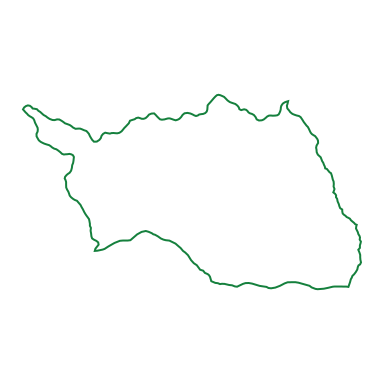 Iturama, Minas Gerais, Brazil (Mercator projection)
{"feature_id": "56859067B65690084199243", "entity_name": "Iturama", "entity_type": "district", "adm_level": 2, "iso_a3": "BRA", "parent_name": "Brazil", "parent_adm1": "Minas Gerais", "projection": "mercator", "projection_center": [-50.386, -19.714], "detail": "fine", "context": "isolated", "style": "outline", "palette": "green", "viewbox_px": 384, "rotation_deg": 0, "n_neighbors": 0, "source": "geoboundaries", "source_scale": "gbopen_adm2", "svg_char_len": 4913}
<svg xmlns="http://www.w3.org/2000/svg" viewBox="0 0 384 384"><path d="M288.1,101.2L286.1,101.8L284.6,102.4L282.8,103.6L281.4,105.6L280.9,107.3L280.7,109.5L280.2,111.3L279.5,112.9L278.7,114.4L277.2,115.3L275.1,115.6L272.6,115.7L270.8,115.5L269.0,115.6L267.2,116.5L265.8,117.8L263.7,119.5L261.8,120.3L259.0,120.5L256.7,119.4L255.6,117.1L253.9,115.0L251.9,113.9L249.9,113.3L248.5,112.4L247.4,110.9L246.1,109.8L244.1,109.3L241.2,110.1L239.4,109.2L238.8,107.4L237.5,105.7L235.4,104.0L233.3,103.3L231.5,102.7L229.7,102.0L227.5,100.4L225.6,98.4L224.1,96.9L222.4,96.1L220.3,95.2L218.5,94.8L216.9,95.2L215.4,96.5L213.8,98.2L212.1,100.2L210.3,102.3L208.8,103.9L207.6,105.4L207.5,107.1L207.3,109.7L206.7,111.6L205.2,113.1L203.2,113.9L200.9,114.2L199.2,114.5L197.8,115.5L196.0,116.0L194.3,115.4L192.7,114.5L190.4,113.5L187.5,112.9L184.5,113.3L182.6,114.9L181.1,117.1L179.4,118.8L177.7,119.7L175.7,120.3L173.6,119.7L171.7,119.0L169.8,118.4L168.1,118.4L166.5,118.8L164.5,119.4L161.9,119.7L160.0,119.3L158.6,118.0L157.0,116.4L155.6,114.8L154.1,113.4L151.4,113.6L149.0,114.6L147.4,116.5L145.6,118.1L143.7,118.8L141.8,118.8L139.9,118.1L138.2,117.6L136.2,118.1L134.7,119.2L132.4,119.9L130.0,120.7L128.8,123.3L127.1,125.1L125.9,126.4L124.3,128.0L123.1,129.5L121.6,131.3L119.4,132.8L117.3,133.3L115.5,133.2L113.5,133.0L111.5,133.1L109.9,133.6L107.6,133.2L105.2,132.7L103.2,133.8L101.6,135.7L100.8,138.1L99.4,139.9L96.8,141.6L94.0,141.7L92.2,139.9L90.7,137.5L89.7,135.7L89.0,134.0L87.8,132.5L86.4,131.0L84.0,130.2L82.0,129.3L80.1,128.6L78.3,128.6L75.5,128.8L73.0,127.5L71.5,126.2L69.7,125.0L67.3,124.1L65.0,123.3L63.5,122.1L61.6,120.8L59.3,119.5L57.0,119.4L54.7,120.1L52.5,120.0L49.6,118.9L47.4,117.5L45.8,116.2L43.6,115.0L41.7,113.3L40.3,112.0L38.4,110.8L36.9,109.2L34.3,108.7L32.6,108.5L31.7,107.2L29.9,105.8L27.9,105.4L25.9,106.1L24.1,107.5L23.0,109.4L24.3,110.9L25.6,112.4L27.0,113.7L28.1,115.0L29.7,116.2L31.5,117.2L33.2,118.4L34.2,120.1L35.0,122.6L36.4,125.4L37.6,127.8L37.8,129.7L37.6,131.6L36.5,133.9L36.6,136.4L37.7,138.4L38.8,140.3L40.6,141.8L42.1,142.6L43.7,143.4L45.3,144.0L47.2,144.6L49.0,145.1L50.6,146.1L52.1,147.4L54.1,148.6L56.4,149.3L58.3,150.6L60.2,152.1L62.1,153.9L63.9,154.5L65.6,154.3L67.4,154.2L69.5,153.9L71.5,154.4L73.0,155.3L73.9,157.0L73.7,158.7L73.5,160.7L73.1,163.0L72.2,165.2L71.9,167.8L71.1,170.7L69.6,172.8L68.2,173.7L66.7,174.9L65.1,176.8L64.7,178.5L65.5,180.0L66.1,182.0L66.1,184.3L66.2,187.5L67.1,189.6L68.3,191.6L69.1,193.7L69.7,195.6L71.1,197.3L73.1,198.9L74.7,199.9L77.0,200.8L78.5,202.6L80.5,204.9L81.6,207.1L82.9,209.3L84.2,212.0L85.5,214.2L86.6,215.8L88.0,217.7L89.0,219.1L89.4,220.9L89.9,223.7L89.9,225.8L90.9,227.9L90.6,230.8L91.1,233.5L91.4,236.3L92.1,238.4L93.8,239.6L96.4,240.9L98.2,242.4L98.6,244.7L96.9,246.8L95.4,248.7L94.8,250.9L97.4,250.7L102.6,249.6L104.6,248.9L108.3,246.5L112.1,244.3L114.6,242.9L119.9,240.8L123.4,240.5L128.0,240.5L130.4,240.2L134.1,237.0L135.5,235.8L137.1,234.4L141.6,231.9L145.8,231.0L148.6,231.8L151.8,233.2L153.3,234.3L154.9,234.7L157.8,236.3L160.9,238.5L163.4,239.6L165.7,240.2L169.4,240.6L175.5,243.6L178.8,246.5L180.6,248.0L183.0,250.9L185.2,252.5L188.0,255.2L191.1,260.2L193.8,263.2L196.8,265.2L200.1,269.7L203.2,270.7L204.9,272.9L207.7,274.1L209.0,275.2L210.0,276.8L211.3,281.2L215.3,282.9L217.9,283.2L220.0,284.1L221.9,283.8L224.5,283.9L229.2,285.0L232.1,285.3L234.8,286.4L237.1,286.7L242.9,283.9L245.5,283.1L248.7,283.0L252.1,283.6L259.7,285.9L266.5,286.9L268.5,288.0L271.1,288.3L275.3,287.6L280.0,285.8L284.6,283.4L287.6,282.3L292.2,282.2L295.4,282.2L298.5,282.7L309.5,285.8L311.6,287.4L315.5,288.9L317.7,289.2L323.9,288.7L328.2,287.8L332.8,286.7L335.0,286.5L346.3,286.6L348.4,286.9L350.1,282.0L350.8,279.3L351.8,277.6L352.4,275.9L354.0,274.4L355.7,272.2L357.3,269.5L357.8,267.1L358.5,265.4L360.1,264.4L361.0,262.4L360.4,259.8L360.2,257.3L360.2,254.9L359.4,252.4L358.3,249.8L359.9,247.9L359.9,245.3L360.5,243.4L360.9,241.6L359.7,239.6L360.0,237.5L359.5,235.9L358.4,234.2L357.8,232.1L356.8,230.1L356.0,228.5L356.2,226.7L356.7,224.8L355.2,224.2L354.0,222.8L352.5,221.6L350.9,220.2L349.9,218.7L348.5,217.9L346.6,217.0L345.5,215.8L344.0,214.8L342.7,213.5L342.3,211.6L342.2,209.5L340.2,208.2L339.4,206.3L338.8,204.1L337.6,201.4L337.1,198.8L336.0,197.2L336.1,195.3L335.1,193.8L333.3,192.4L334.0,190.6L334.5,189.0L333.6,186.6L333.8,183.9L333.6,181.5L332.8,179.6L332.4,177.9L331.8,175.5L331.0,173.2L329.6,172.3L328.2,170.6L326.8,168.9L325.2,168.4L324.8,166.5L324.0,164.9L323.2,162.7L322.2,161.2L321.5,159.4L320.7,157.3L319.4,156.1L317.8,154.6L316.7,152.2L316.5,149.7L316.1,147.7L316.6,145.5L318.1,143.0L318.0,140.7L317.3,139.0L316.2,137.5L315.1,136.1L313.4,135.1L311.9,134.1L310.7,132.7L309.9,131.1L309.0,129.1L307.9,127.0L306.5,125.6L305.3,124.0L303.9,122.2L302.3,119.6L300.6,117.1L298.9,116.0L296.7,115.5L294.6,114.8L292.4,113.9L290.3,112.2L289.1,110.5L287.3,108.4L286.9,105.7L287.5,103.9L288.1,101.2Z" fill="none" stroke="#15803d" stroke-width="2"/></svg>